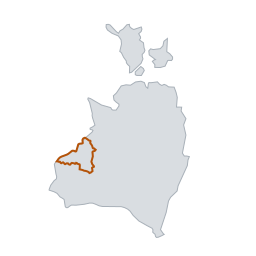 where Valga sits in Estonia, rotated 101°
{"feature_id": "EST-2349", "entity_name": "Valga", "entity_type": "County", "adm_level": 1, "iso_a3": "EST", "parent_name": "Estonia", "parent_adm1": "", "projection": "mercator", "projection_center": [26.16, 57.869], "detail": "fine", "context": "in_parent", "style": "outline", "palette": "amber", "viewbox_px": 256, "rotation_deg": 101, "n_neighbors": 0, "source": "natural_earth", "source_scale": "10m", "svg_char_len": 4089}
<svg xmlns="http://www.w3.org/2000/svg" viewBox="0 0 256 256"><g transform="rotate(101 128 128)"><path d="M204.1,193.5L203.3,193.7L198.8,192.9L193.8,190.5L191.6,188.6L189.4,188.7L186.9,189.9L177.6,193.4L175.3,192.5L170.0,189.1L167.3,185.4L161.3,177.9L160.8,176.2L160.0,174.7L153.6,172.9L151.3,170.1L149.3,169.8L146.4,168.4L138.9,162.5L137.1,161.9L136.6,162.9L136.7,164.3L136.3,165.1L135.3,165.1L133.6,162.9L131.5,161.0L125.0,164.6L122.7,165.6L120.6,165.8L110.4,170.5L107.3,173.0L106.0,172.8L106.3,170.4L110.5,158.4L111.3,148.8L112.9,147.5L113.3,146.2L112.7,143.1L108.2,141.1L106.4,141.4L104.8,144.7L103.2,147.1L99.2,148.5L95.9,146.1L88.0,142.7L86.0,138.2L85.5,133.7L81.4,129.4L79.6,124.2L80.3,120.6L84.1,118.3L85.2,116.2L80.4,116.5L79.4,116.1L79.2,114.2L77.1,107.9L79.0,105.4L79.8,102.9L78.3,100.9L78.7,98.5L79.9,96.1L79.1,90.5L83.9,87.6L88.5,85.5L98.2,84.4L97.3,79.3L101.2,79.1L107.8,72.9L114.4,74.0L123.9,69.8L142.3,69.8L144.8,67.4L144.3,64.9L144.4,62.3L147.9,63.0L153.6,62.6L175.2,67.8L180.5,67.8L187.9,73.0L191.9,74.3L203.6,74.4L221.6,76.7L225.1,73.1L225.5,72.2L227.2,74.2L229.4,77.4L230.0,79.2L229.2,80.3L227.1,81.2L226.6,82.2L225.6,83.8L223.1,84.1L221.8,85.3L220.2,90.7L217.2,99.6L212.8,106.3L209.3,110.0L207.7,112.8L206.8,116.2L206.5,119.6L209.9,138.1L209.9,141.4L209.1,144.8L208.5,148.3L209.0,151.3L211.2,156.4L213.6,164.0L214.5,168.9L216.1,170.6L217.6,171.9L217.9,172.8L217.9,173.6L217.1,174.6L210.3,177.1L209.4,179.2L208.6,181.6L205.7,185.1L204.7,188.4L204.2,192.2L204.1,193.5ZM50.7,126.6L53.0,128.1L55.2,127.6L57.3,126.5L62.0,127.5L72.6,135.1L73.6,137.1L67.2,138.1L65.8,140.4L64.3,142.0L62.5,142.5L59.4,145.8L55.3,148.9L54.4,150.7L46.9,150.4L42.8,151.6L39.5,155.0L38.1,161.7L35.7,166.9L33.2,168.8L30.6,169.1L30.0,167.1L30.3,165.2L35.7,157.8L36.8,155.4L34.1,154.4L31.9,151.8L26.9,148.8L26.0,146.4L27.2,146.2L28.3,145.5L29.6,143.4L30.2,141.1L26.3,134.3L28.3,133.2L30.8,133.5L33.4,135.5L36.2,133.1L37.4,132.8L39.4,133.6L41.4,129.1L46.1,127.6L48.5,126.2L50.7,126.6ZM60.7,113.7L58.0,116.8L56.4,115.6L55.6,114.1L52.2,121.1L48.3,122.3L46.0,120.9L46.2,118.3L44.0,111.5L40.7,109.4L36.0,109.3L32.6,106.4L45.7,104.5L47.1,101.2L49.8,97.8L51.8,97.4L53.5,98.2L53.8,100.9L54.2,101.9L60.2,103.4L62.5,107.9L63.4,113.3L60.7,113.7ZM74.3,131.0L71.6,131.6L65.2,127.2L66.7,124.2L68.5,123.0L73.9,124.9L74.7,129.4L74.3,131.0Z" fill="#d9dde1" stroke="#a8b0b8" stroke-width="1"/><path d="M148.2,170.4L147.4,170.2L146.7,169.8L146.0,168.9L145.8,168.4L145.8,168.0L145.8,167.9L146.4,166.8L146.6,166.2L146.8,165.6L147.6,164.3L147.7,163.7L147.7,163.1L147.7,162.6L148.0,162.3L148.8,162.2L149.3,162.3L149.9,162.2L150.4,161.8L151.3,160.7L152.5,159.7L154.3,158.8L154.5,158.5L154.7,158.1L154.5,157.8L154.5,157.5L154.6,157.1L154.8,156.8L155.2,156.4L155.3,156.2L155.4,155.9L155.5,155.6L155.9,155.7L156.8,156.3L157.2,157.0L157.6,157.8L158.0,158.2L159.0,158.2L159.7,157.9L162.6,157.1L168.0,157.5L168.7,157.2L169.4,156.6L169.9,156.5L170.5,156.0L171.8,154.4L172.2,154.1L172.6,154.1L172.9,154.7L173.2,155.0L173.9,155.7L174.2,155.7L174.8,155.4L175.3,155.2L177.1,154.6L177.7,155.1L178.1,155.5L178.7,155.9L179.0,156.3L179.6,157.3L178.9,158.0L178.6,158.9L178.3,160.2L178.3,160.7L178.2,161.3L178.3,162.6L178.2,163.6L177.9,164.4L177.8,167.6L174.1,168.1L173.0,168.5L172.9,168.8L172.9,169.3L172.9,169.9L172.7,170.7L172.3,171.3L172.1,171.7L172.1,172.3L173.0,172.5L173.3,173.2L172.9,174.3L173.0,174.6L173.0,176.5L173.9,177.3L174.8,177.6L175.1,178.0L175.1,178.5L174.9,179.3L174.7,179.7L174.4,179.9L174.2,180.1L174.2,180.5L174.3,180.9L174.4,181.5L174.7,181.9L175.1,182.3L175.4,182.6L175.5,183.1L175.3,183.5L174.7,184.1L174.1,185.2L174.2,185.4L174.6,185.9L175.3,186.7L175.3,187.0L175.1,187.4L174.9,187.7L174.3,188.1L174.1,188.4L174.1,188.7L174.2,189.0L174.4,189.3L174.2,190.6L174.3,191.5L171.7,190.4L171.3,190.2L169.9,189.2L168.8,187.9L165.8,182.9L164.7,181.6L161.1,178.6L160.8,177.9L160.7,176.6L160.8,176.1L161.0,175.7L161.1,175.3L161.0,174.8L160.8,174.5L160.4,174.3L153.6,173.7L152.8,172.9L152.4,171.7L152.1,170.4L151.6,169.6L151.1,169.6L150.7,169.7L149.0,170.3L148.2,170.4Z" fill="none" stroke="#b45309" stroke-width="2"/></g></svg>